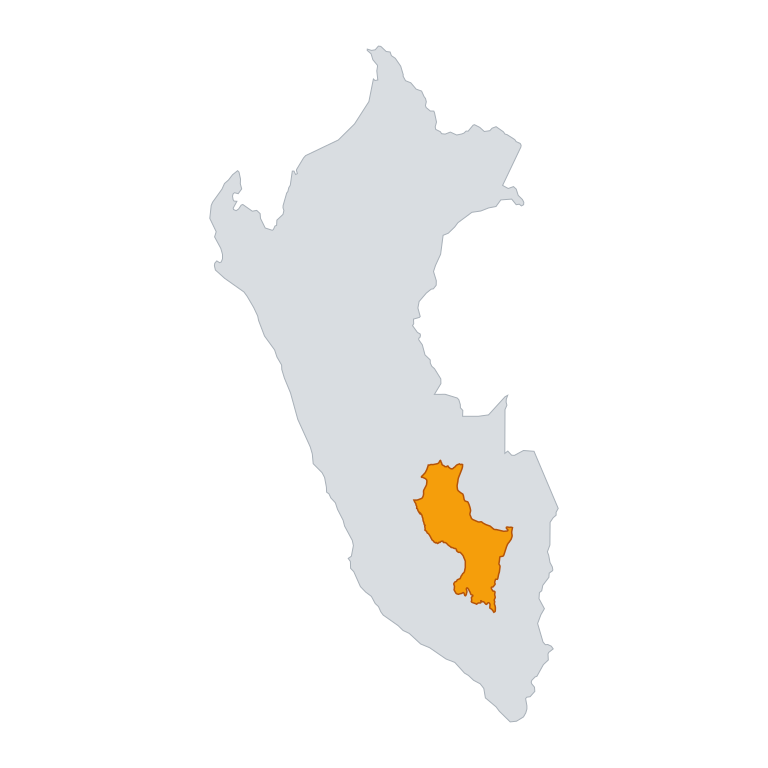 Cusco highlighted on a map of Peru
{"feature_id": "PER-571", "entity_name": "Cusco", "entity_type": "Department", "adm_level": 1, "iso_a3": "PER", "parent_name": "Peru", "parent_adm1": "", "projection": "equal_earth", "projection_center": [-72.174, -13.267], "detail": "fine", "context": "in_parent", "style": "filled", "palette": "amber", "viewbox_px": 768, "rotation_deg": 0, "n_neighbors": 0, "source": "natural_earth", "source_scale": "10m", "svg_char_len": 9755}
<svg xmlns="http://www.w3.org/2000/svg" viewBox="0 0 768 768"><path d="M523.8,202.3L523.6,204.7L521.4,205.9L519.3,204.2L516.2,204.7L511.7,199.1L500.8,199.9L496.0,206.5L488.7,207.9L480.8,211.0L471.9,212.3L457.9,222.7L454.7,227.0L448.3,233.2L443.1,235.3L440.6,254.3L435.5,265.4L433.5,271.5L436.3,280.7L436.2,285.2L433.4,288.8L431.1,289.2L426.3,293.1L419.1,301.5L417.9,308.0L420.2,316.5L419.4,317.4L413.5,319.1L413.7,323.8L412.5,325.6L417.4,332.4L420.2,334.0L420.4,335.8L419.9,337.5L418.8,338.2L418.7,339.7L422.3,344.8L425.0,354.9L430.2,359.9L430.3,363.1L431.8,366.3L434.5,368.7L440.8,378.9L440.9,383.6L434.4,394.4L445.2,394.3L457.2,398.0L458.8,399.7L460.3,404.6L460.4,407.8L462.8,410.4L462.6,416.3L478.3,416.3L488.5,414.9L505.0,396.8L507.7,395.3L506.3,399.2L506.1,402.1L506.9,405.2L505.0,409.6L504.8,453.4L507.8,451.1L511.6,455.2L514.4,455.4L523.5,450.5L534.0,451.3L558.2,508.4L556.1,512.3L556.1,515.2L553.2,517.7L550.1,522.3L549.9,545.0L547.4,551.8L548.7,555.4L550.0,562.5L552.3,566.9L552.8,569.7L552.6,570.7L549.2,573.1L548.9,577.3L542.8,585.3L541.7,590.8L539.4,592.6L539.0,598.7L544.4,608.7L540.9,614.7L537.6,623.5L543.0,642.0L545.3,644.7L547.7,644.5L551.3,646.2L553.2,648.9L548.7,652.4L548.0,654.0L548.3,660.0L543.4,664.6L536.9,676.3L535.1,676.9L531.8,680.3L531.2,682.1L531.7,683.8L534.5,687.2L534.8,691.4L530.1,696.7L526.8,697.2L525.6,698.6L526.9,705.8L526.9,709.0L525.8,712.8L523.5,716.9L516.5,721.2L510.2,721.9L499.4,711.3L496.1,706.9L485.4,697.9L483.8,688.4L480.2,683.8L473.6,680.3L468.4,675.4L464.5,673.1L454.8,662.4L446.0,659.0L429.6,647.7L420.7,644.0L409.2,633.4L403.1,630.5L398.1,625.6L383.2,615.1L380.8,611.8L378.5,606.6L375.2,603.5L371.4,596.4L365.8,592.2L360.4,586.6L353.8,571.7L350.6,568.3L350.4,561.5L348.2,558.4L351.4,556.2L353.4,545.6L352.3,540.4L344.6,526.1L343.1,520.2L337.5,509.3L335.4,502.8L330.9,498.0L329.0,493.9L326.6,492.1L326.4,487.1L324.6,477.5L322.1,472.7L313.2,463.7L312.3,453.9L310.3,447.0L297.8,419.4L290.5,392.9L284.4,378.1L281.8,369.5L281.6,365.0L277.0,357.1L274.6,349.9L264.5,336.0L258.6,320.5L257.7,316.0L253.7,307.5L247.2,296.4L244.0,292.0L224.6,278.3L215.4,270.0L214.4,265.7L214.8,263.2L216.8,260.9L219.6,262.7L221.2,262.0L222.5,258.9L222.5,254.3L220.8,248.4L214.6,236.9L216.2,231.7L209.8,218.4L211.2,205.5L212.6,202.2L222.0,189.1L224.5,183.5L228.5,180.0L232.6,174.7L237.6,170.7L239.0,172.1L240.5,179.1L240.3,183.8L241.7,188.9L238.2,193.7L234.5,192.7L233.1,193.9L232.5,196.1L233.1,199.7L234.1,201.1L236.9,201.3L233.2,208.1L233.5,209.5L236.1,210.7L238.6,209.0L241.2,205.1L242.8,204.5L252.3,211.2L256.7,210.4L260.1,213.6L260.5,218.4L265.2,228.0L272.3,230.3L273.4,229.5L275.0,226.0L276.6,225.4L276.9,220.1L283.0,214.4L283.9,210.5L283.0,207.8L283.1,205.6L286.7,193.0L287.8,191.7L288.8,187.7L290.3,185.2L292.3,171.1L294.0,171.1L295.6,174.5L297.4,173.6L296.4,170.4L296.7,169.3L303.5,158.0L305.6,155.6L338.3,140.0L354.5,124.0L368.9,101.6L373.4,79.0L375.0,80.5L377.8,80.0L376.8,70.9L377.5,66.5L377.4,65.2L372.9,59.8L371.1,53.8L367.2,50.4L367.3,49.1L371.5,50.4L375.2,49.8L378.4,46.1L380.8,46.4L386.2,51.5L390.1,52.0L391.4,55.7L395.3,58.3L400.7,66.2L403.2,74.6L403.1,76.2L405.5,80.7L410.8,82.8L416.1,89.1L421.6,91.1L424.1,96.7L425.5,98.5L426.3,101.8L425.4,105.6L426.2,107.6L430.3,111.0L433.8,111.1L434.5,112.7L436.5,122.1L435.2,126.8L435.7,129.4L440.3,131.7L441.6,133.7L445.2,134.1L450.3,132.1L456.7,135.0L461.6,134.0L463.8,133.2L466.1,131.1L468.1,131.2L473.1,125.2L474.5,124.7L479.8,127.4L484.3,131.5L489.8,130.7L492.1,128.2L496.1,126.7L503.4,131.8L505.0,134.1L507.0,134.6L514.8,139.6L516.1,141.6L520.2,143.5L521.1,145.2L520.9,147.0L502.6,185.4L508.2,188.5L513.5,186.6L516.2,189.1L518.2,195.4L522.4,199.5L523.8,202.3Z" fill="#d9dde1" stroke="#a8b0b8" stroke-width="1"/><path d="M419.8,513.5L419.4,513.0L417.9,510.5L417.7,509.4L417.5,508.9L417.2,508.7L416.7,508.5L416.6,508.1L416.8,507.1L416.7,506.4L416.6,506.1L416.2,505.4L416.0,504.9L415.9,504.0L415.7,503.5L414.7,501.9L413.9,500.1L416.7,500.1L417.7,499.9L420.9,498.7L421.8,498.3L422.2,497.9L422.7,497.1L423.3,495.7L423.4,494.9L423.6,494.1L423.6,493.3L423.5,491.7L423.6,490.6L423.7,490.3L426.4,485.1L426.5,484.8L426.9,481.6L426.8,480.6L426.8,480.2L426.5,479.7L425.8,479.0L425.3,478.6L425.0,478.4L424.2,478.1L422.9,477.4L422.5,477.4L421.9,477.4L421.7,477.3L421.5,477.2L421.4,476.8L421.6,476.5L421.8,476.2L422.7,475.4L425.2,472.7L426.8,469.6L428.0,466.1L428.3,465.0L429.0,465.2L430.3,464.7L431.0,464.5L433.0,464.6L436.5,463.9L437.6,463.6L438.5,463.1L438.7,462.9L438.9,462.6L439.9,460.8L440.1,460.6L440.4,460.4L440.7,460.7L440.8,461.0L441.1,462.2L441.3,462.5L441.6,463.0L441.8,463.3L441.8,464.1L442.0,464.5L442.7,465.2L443.8,465.6L444.0,465.8L444.7,466.5L445.0,466.7L445.9,466.6L446.2,466.7L446.5,466.7L447.3,466.1L447.9,466.0L448.1,466.2L448.3,466.5L448.4,466.9L448.5,467.2L448.7,467.4L449.0,467.4L449.3,467.6L449.9,468.2L450.6,468.6L451.8,468.9L452.7,468.7L453.0,468.5L453.2,468.3L453.4,468.0L453.9,467.6L454.6,467.2L454.8,467.0L455.9,465.8L456.4,465.3L457.3,464.7L459.3,464.0L459.5,463.9L460.5,464.6L460.8,464.6L461.5,464.3L462.2,464.4L462.6,464.6L462.5,466.9L462.0,468.8L458.5,477.7L458.0,479.7L457.9,481.1L457.5,483.4L457.3,484.4L457.1,485.8L457.1,486.3L457.5,489.4L457.6,489.8L457.8,490.1L458.3,490.8L460.5,492.6L462.5,493.9L462.9,494.2L463.1,494.9L463.4,495.6L464.1,499.4L464.4,500.0L464.7,500.5L465.0,500.9L465.8,501.3L467.0,501.6L467.6,501.8L467.9,502.1L468.2,502.6L468.4,503.1L469.1,504.7L470.0,507.5L470.4,509.2L470.6,510.4L470.5,511.3L470.1,512.9L469.9,513.6L469.9,514.5L470.1,515.1L470.4,515.7L471.1,517.5L471.5,518.5L472.4,519.3L473.1,519.7L478.2,521.9L478.8,522.0L479.3,522.0L480.7,521.8L481.2,521.8L481.6,521.9L481.9,522.1L482.6,522.7L483.1,523.1L485.9,524.6L490.1,526.1L490.5,526.4L493.9,529.3L494.4,529.4L495.3,529.6L496.0,529.5L503.7,531.3L507.1,531.0L507.6,530.8L507.9,530.4L507.9,529.9L507.7,529.6L507.0,529.0L506.7,528.7L506.4,528.3L506.3,527.8L506.4,527.3L506.7,527.1L507.1,527.0L508.0,527.1L509.2,527.4L510.7,527.2L511.6,527.3L512.5,527.6L511.7,531.7L511.7,533.0L512.1,535.2L512.1,536.1L511.9,537.0L511.2,539.1L510.7,539.9L509.1,542.2L508.3,543.1L507.8,543.9L507.4,544.6L506.6,546.5L504.0,554.6L503.5,555.7L503.2,556.0L502.4,556.3L500.2,556.7L499.8,557.1L499.6,558.9L499.4,560.8L498.9,563.9L499.1,564.4L499.4,564.9L499.7,565.3L500.0,566.1L500.0,566.9L499.4,571.8L499.2,572.6L498.7,574.0L497.8,578.5L497.5,579.0L497.3,579.3L495.8,579.2L495.4,579.7L494.9,581.4L494.7,582.4L494.8,583.0L495.1,583.7L495.1,584.1L495.0,584.5L494.9,584.7L494.4,585.2L493.3,586.7L493.0,586.9L492.0,587.1L491.5,587.2L491.3,587.7L491.4,588.4L491.5,588.8L492.2,590.0L492.7,590.7L492.9,591.0L493.2,591.1L494.2,591.2L494.8,591.6L495.0,592.0L495.0,592.4L494.7,594.1L494.7,594.6L494.8,595.3L495.1,596.5L495.2,597.2L495.2,597.7L494.6,599.0L494.3,599.7L494.3,600.8L494.7,601.5L494.7,601.9L494.5,602.9L494.4,603.7L494.5,604.2L494.5,604.6L494.7,604.9L495.0,605.6L495.2,606.5L495.4,607.7L495.3,610.6L495.2,611.2L495.1,611.5L494.3,612.0L493.9,612.3L493.4,611.7L492.9,610.6L492.4,610.1L491.7,609.3L491.2,608.9L490.5,608.6L490.1,608.3L489.9,608.0L489.8,607.7L489.9,606.1L490.0,605.3L490.1,604.9L490.0,604.4L489.8,603.8L489.6,603.4L489.4,603.1L488.9,602.8L488.3,602.7L488.1,602.8L487.6,603.1L486.8,604.2L486.6,604.3L486.3,604.4L485.9,604.2L485.6,604.0L484.0,602.1L483.6,601.8L483.2,601.7L482.6,601.8L482.2,601.6L481.3,600.8L481.0,600.7L480.8,600.8L480.8,601.2L481.0,602.2L481.0,602.5L480.8,602.7L480.5,602.9L480.2,603.0L479.2,602.9L478.9,602.9L478.3,603.0L477.6,603.4L476.8,604.1L476.6,604.2L476.3,604.1L476.0,603.8L475.7,603.7L472.3,602.5L471.6,602.1L471.3,601.6L471.3,601.3L471.6,600.6L471.7,600.1L471.4,597.8L471.4,597.4L471.6,597.2L471.8,596.9L472.3,596.6L472.5,596.4L472.7,596.1L472.8,595.8L472.8,595.4L472.7,595.2L471.5,594.8L471.1,594.6L470.9,594.3L470.6,593.7L470.2,592.5L468.4,589.1L467.8,588.3L467.5,588.0L467.0,587.9L466.7,588.0L466.5,588.3L466.4,588.6L466.3,589.0L466.3,589.4L466.4,589.7L466.8,590.6L466.9,591.3L466.9,592.1L466.8,592.4L466.5,593.2L466.4,594.3L465.7,595.6L465.4,595.8L465.1,595.7L464.9,595.5L464.7,595.3L464.5,594.6L464.1,593.5L464.0,593.2L463.8,592.9L463.5,592.7L463.2,592.6L462.9,592.7L462.2,593.1L461.7,593.4L461.0,593.6L460.2,593.7L458.4,594.3L456.7,593.8L456.0,593.3L454.4,590.5L454.2,590.1L454.1,589.8L454.1,589.5L454.3,588.8L454.4,587.2L454.5,586.3L454.4,585.9L453.9,584.6L453.8,584.2L453.8,583.8L453.9,583.5L454.3,582.8L454.5,582.4L454.8,582.1L455.2,581.8L455.8,581.6L456.3,581.4L456.7,580.9L456.9,580.5L457.1,580.1L457.3,579.8L457.6,579.6L458.6,579.3L459.0,579.0L460.0,578.7L460.2,578.4L461.0,576.5L461.2,576.0L461.9,575.1L462.7,573.7L463.9,572.6L464.2,572.1L464.5,571.4L465.3,567.5L465.3,561.1L464.9,560.1L464.5,559.1L463.7,557.2L463.4,556.3L463.0,555.5L461.6,553.8L461.3,553.4L461.1,553.3L460.3,552.5L460.1,552.3L458.8,552.4L458.4,552.3L457.3,551.5L456.8,551.0L456.5,550.5L456.7,550.2L456.1,549.1L455.8,548.7L455.4,548.5L454.3,548.5L454.0,548.4L453.5,548.0L452.5,547.6L451.3,547.5L451.0,547.4L450.8,546.8L450.3,546.6L448.3,545.2L446.5,543.3L445.6,542.7L444.6,542.5L443.5,542.5L443.3,542.3L443.2,542.0L443.1,541.7L443.0,541.3L442.9,541.2L442.2,541.2L441.2,541.3L440.8,541.6L440.0,542.4L439.8,542.5L439.7,542.4L439.3,542.2L438.9,542.3L438.7,542.5L438.3,543.1L437.6,543.5L437.1,543.3L436.7,542.7L436.2,542.5L435.6,542.9L435.4,542.8L435.2,542.6L434.2,542.2L434.0,541.8L433.3,540.9L432.0,539.9L431.8,539.6L431.7,539.1L431.2,538.4L430.4,536.7L429.0,534.4L428.2,533.5L427.4,533.1L427.2,532.9L426.6,531.5L426.2,531.1L425.3,530.4L424.9,530.1L424.9,529.9L425.2,529.1L424.7,526.2L424.9,525.6L425.1,525.4L425.0,525.2L424.8,524.9L424.3,524.7L424.2,524.3L423.8,522.4L423.6,521.8L423.3,521.3L423.0,519.9L422.9,518.6L422.8,518.1L422.4,517.3L422.2,516.6L422.0,515.4L421.7,514.9L420.4,513.1L419.9,512.7L419.8,513.5Z" fill="#f59e0b" stroke="#b45309" stroke-width="1.5"/></svg>